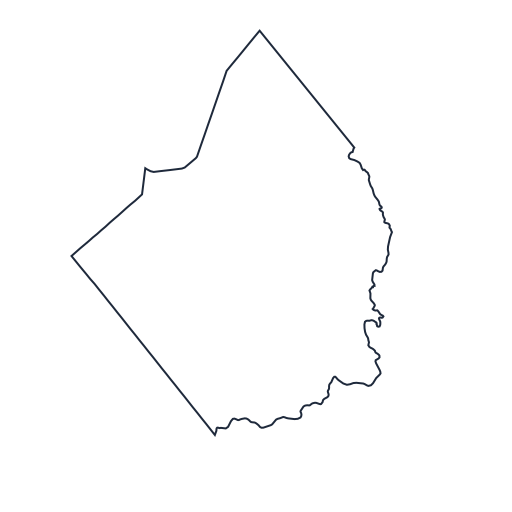 SVG path tracing the border of Ohio, rotated 321°
{"feature_id": "USA-3550", "entity_name": "Ohio", "entity_type": "State", "adm_level": 1, "iso_a3": "USA", "parent_name": "United States of America", "parent_adm1": "", "projection": "mercator", "projection_center": [-82.407, 40.365], "detail": "fine", "context": "isolated", "style": "outline", "palette": "slate", "viewbox_px": 512, "rotation_deg": 321, "n_neighbors": 0, "source": "natural_earth", "source_scale": "10m", "svg_char_len": 4657}
<svg xmlns="http://www.w3.org/2000/svg" viewBox="0 0 512 512"><g transform="rotate(321 256 256)"><path d="M225.2,118.1L225.7,119.7L227.4,123.7L229.4,126.3L235.0,129.8L243.0,134.9L253.4,141.4L256.3,142.4L270.8,142.1L272.6,141.7L282.2,135.7L291.9,129.7L301.5,123.7L311.2,117.7L320.8,111.7L330.4,105.7L340.1,99.7L349.7,93.6L358.4,91.8L367.0,90.1L375.7,88.3L384.3,86.5L393.0,84.7L400.6,83.2L400.6,92.7L400.6,102.2L400.6,111.6L400.6,121.1L400.6,130.6L400.6,140.0L400.6,149.4L400.6,158.8L400.6,168.2L400.6,177.6L400.6,187.0L400.6,196.3L400.6,205.7L400.6,215.0L400.6,224.3L400.6,233.6L399.5,233.9L396.5,236.0L395.4,235.4L393.7,235.4L391.9,236.0L390.7,236.9L390.0,238.7L390.5,240.2L392.8,243.3L394.2,246.2L394.8,247.8L395.1,249.1L394.7,251.1L393.4,254.5L393.3,256.6L393.9,256.7L394.3,256.9L394.6,257.2L394.7,257.6L394.6,258.6L394.6,259.0L395.1,261.0L395.2,262.2L394.9,262.7L394.2,265.4L393.8,265.9L392.0,267.4L391.4,268.1L390.0,271.6L389.3,273.6L388.9,276.7L388.3,278.3L386.8,281.4L386.1,283.6L385.9,285.2L385.9,288.9L385.7,290.9L385.2,292.1L384.6,293.1L384.1,294.6L384.2,295.2L384.4,295.9L384.5,296.8L384.1,297.6L383.2,297.7L382.3,297.2L381.6,297.2L381.3,298.5L381.5,299.4L381.9,300.4L382.1,301.4L382.0,302.1L380.7,303.6L380.3,304.4L379.9,305.4L379.6,306.3L379.4,308.0L379.0,308.9L377.5,309.9L377.0,310.6L377.4,311.7L378.4,312.9L379.1,313.9L379.4,315.1L379.0,316.7L377.9,317.6L377.6,318.0L377.6,318.4L377.6,319.3L377.6,319.8L376.8,322.2L376.7,323.0L372.1,325.7L364.6,331.7L362.4,334.1L360.9,337.0L359.9,338.3L357.2,339.3L356.0,340.3L354.1,342.4L353.1,343.1L351.7,343.7L350.2,344.1L348.8,344.3L347.5,344.8L345.1,347.0L343.6,347.2L342.2,346.3L341.3,344.6L340.7,343.1L340.1,342.4L337.2,342.4L336.1,342.9L331.1,347.8L330.5,349.4L330.1,352.7L329.3,353.8L328.8,353.3L328.4,353.2L328.0,353.3L327.4,353.8L327.0,353.2L325.5,353.7L323.8,353.8L322.5,354.2L321.4,357.1L318.2,360.9L317.7,362.3L317.6,363.3L317.8,366.6L317.6,368.5L317.1,369.3L313.7,370.7L313.3,370.7L313.3,371.1L313.6,372.2L313.9,372.7L314.3,373.3L314.8,373.8L315.2,374.0L316.1,374.6L316.2,376.2L315.9,379.3L316.3,380.7L317.0,382.1L317.0,383.1L315.7,383.5L314.9,383.2L313.8,381.9L312.9,381.6L312.2,382.0L311.8,383.0L311.3,385.1L310.5,386.3L309.2,387.7L307.7,388.5L306.5,387.9L306.0,386.9L306.1,386.5L306.5,386.0L306.7,384.9L306.8,384.6L307.2,384.5L307.5,384.2L307.6,383.7L307.6,383.1L307.4,382.7L307.2,382.2L306.9,380.9L306.2,379.5L305.3,378.5L303.2,377.6L302.2,376.6L300.9,375.8L299.3,375.7L297.2,377.4L294.9,380.4L293.0,383.7L292.0,386.4L291.5,389.9L291.2,390.7L290.3,392.2L289.5,394.2L288.3,395.1L287.1,396.1L286.9,398.1L287.4,399.6L288.0,400.8L288.5,402.2L288.8,404.4L288.3,405.6L288.2,406.5L288.8,408.0L289.1,409.1L289.3,410.2L289.2,411.1L288.2,412.5L286.7,412.8L283.5,412.3L282.5,413.1L281.8,415.0L280.3,422.5L279.8,424.1L278.9,425.6L277.7,426.0L272.6,426.5L266.9,428.5L264.0,428.8L261.6,427.7L260.9,426.6L259.8,423.8L259.1,422.6L254.2,417.7L251.7,416.0L248.5,414.9L245.6,413.3L243.6,410.0L242.0,404.3L241.8,402.6L241.8,400.9L241.6,399.7L240.8,399.1L239.1,399.4L235.0,401.5L233.3,401.7L231.9,402.2L230.8,403.2L229.9,404.4L228.9,405.3L227.1,406.0L226.6,406.4L226.2,407.1L225.5,408.9L225.0,409.7L223.8,410.5L222.4,410.6L219.3,410.0L217.7,410.1L216.7,410.7L215.9,411.4L213.5,412.0L212.9,411.8L212.1,410.8L210.5,408.2L210.0,407.6L209.2,407.0L207.3,406.1L206.3,405.9L203.9,405.9L203.3,405.6L202.2,404.5L200.9,403.6L199.5,403.0L198.1,402.9L193.3,404.4L192.6,405.0L192.2,406.6L191.4,408.0L190.2,409.0L188.9,409.5L186.0,408.8L183.3,407.0L178.8,402.4L177.7,401.0L176.8,399.4L175.8,398.2L172.9,397.3L170.2,396.1L168.6,395.8L162.6,397.0L161.1,396.8L153.6,394.0L152.2,392.9L151.5,391.4L151.5,389.3L151.2,387.6L150.8,386.0L150.2,384.6L149.4,383.8L148.5,382.9L147.7,382.0L147.4,380.8L147.3,379.3L146.9,377.6L146.2,376.2L145.1,375.1L142.3,373.6L140.7,373.0L139.4,372.7L138.6,372.0L137.9,370.5L136.9,368.8L135.5,368.0L132.6,368.6L126.8,371.2L124.0,371.0L120.5,367.4L119.5,366.9L119.2,366.6L118.3,365.3L117.7,365.0L116.9,365.2L116.3,365.7L115.2,366.9L111.4,369.2L111.5,362.2L111.6,355.1L111.6,348.1L111.7,341.0L111.7,333.9L111.8,326.8L111.9,319.7L111.9,312.6L112.0,305.5L112.0,298.4L112.1,291.3L112.1,284.1L112.2,277.0L112.3,269.8L112.3,262.7L112.4,255.5L112.4,248.3L112.5,241.1L112.5,233.9L112.6,226.7L112.7,219.5L112.7,212.3L112.8,205.0L112.8,197.8L112.9,190.6L112.9,183.3L113.0,176.0L112.7,169.3L112.7,162.2L112.6,154.2L112.6,147.0L112.6,139.9L117.3,139.7L123.7,139.4L129.4,139.3L135.0,139.2L140.7,138.9L146.4,138.9L151.8,138.6L157.4,138.5L163.1,138.1L168.9,137.9L174.2,137.8L180.0,137.5L185.2,137.2L191.0,137.0L196.7,137.0L206.2,136.4L216.5,126.5L225.2,118.1Z" fill="none" stroke="#1e293b" stroke-width="2"/></g></svg>